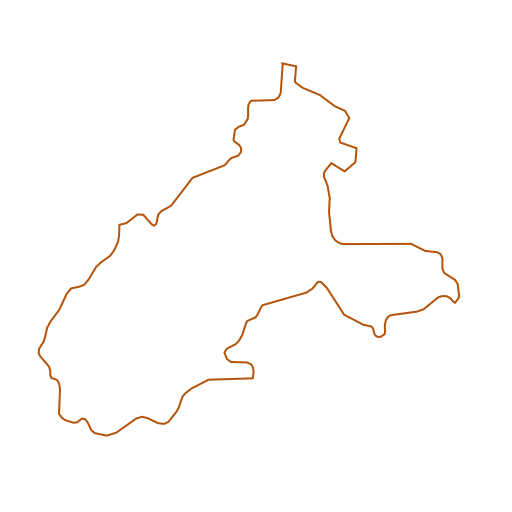 an SVG outline of Nuoro, rotated 186°
{"feature_id": "ITA-5376", "entity_name": "Nuoro", "entity_type": "Province", "adm_level": 1, "iso_a3": "ITA", "parent_name": "Italy", "parent_adm1": "", "projection": "albers", "projection_center": [9.253, 40.262], "detail": "fine", "context": "isolated", "style": "outline", "palette": "amber", "viewbox_px": 512, "rotation_deg": 186, "n_neighbors": 0, "source": "natural_earth", "source_scale": "10m", "svg_char_len": 2239}
<svg xmlns="http://www.w3.org/2000/svg" viewBox="0 0 512 512"><g transform="rotate(186 256 256)"><path d="M435.4,78.5L437.0,103.0L438.2,107.5L439.9,111.0L442.1,112.3L446.8,113.3L448.1,116.0L448.5,119.9L450.3,124.4L460.0,133.6L462.0,136.5L462.1,141.0L458.3,148.6L457.3,153.2L456.2,162.8L453.4,169.6L445.9,182.2L440.4,198.5L436.3,204.5L428.8,206.9L423.8,209.4L419.9,215.4L413.9,228.3L409.6,233.4L401.2,240.8L397.6,246.9L394.7,255.6L394.3,262.4L395.1,272.7L388.3,275.2L378.2,284.9L372.4,285.2L363.1,276.6L360.7,275.5L358.7,277.3L358.1,280.5L358.0,284.2L357.3,287.3L355.1,290.5L345.7,297.1L327.3,327.1L296.8,342.9L295.0,345.0L293.3,348.1L290.5,351.0L284.1,354.0L282.0,357.5L281.8,359.7L282.2,361.7L283.1,363.3L284.4,364.7L289.6,367.7L290.5,369.2L290.1,379.3L286.4,382.9L281.7,385.2L278.5,391.7L278.6,396.3L279.3,401.2L279.3,405.9L277.3,409.8L254.1,413.0L250.5,415.7L249.2,418.2L248.5,421.1L249.5,449.2L249.9,450.3L235.9,448.8L235.6,433.9L235.2,433.1L234.6,432.4L227.1,428.1L209.2,422.7L193.3,413.2L182.6,409.6L177.6,403.0L185.5,381.4L184.2,377.7L167.3,373.7L166.9,359.8L176.7,349.4L190.8,356.2L196.2,347.9L197.1,344.9L196.6,341.8L192.1,333.2L188.7,321.1L188.0,307.6L184.0,288.5L182.2,283.9L179.4,280.4L176.3,278.4L173.2,277.3L170.0,277.0L103.0,284.3L88.3,278.7L76.2,278.7L72.5,277.0L70.3,273.2L69.4,263.1L67.1,258.8L55.5,253.0L52.5,249.2L49.9,238.0L50.1,235.3L53.2,230.3L54.7,231.0L58.5,234.4L62.0,235.9L66.2,235.7L70.2,234.2L83.8,220.5L90.2,217.5L116.2,211.1L118.4,209.2L120.2,205.5L120.7,200.2L119.8,195.7L119.8,191.9L123.3,188.8L125.2,188.3L127.0,188.4L128.6,189.2L130.1,190.9L131.9,195.7L132.6,197.0L134.2,198.0L142.0,198.8L162.2,206.8L182.2,231.7L188.6,236.9L191.5,236.9L196.6,229.3L202.2,224.8L244.3,207.8L245.6,205.5L248.3,197.9L250.2,194.8L257.7,190.6L258.9,188.1L261.4,176.1L263.8,170.5L266.9,166.3L275.4,160.7L277.3,156.7L274.2,150.6L269.8,148.0L254.0,149.2L249.8,147.9L247.2,144.6L246.2,139.8L246.5,134.0L290.3,128.0L306.5,117.3L312.5,111.4L314.6,107.9L317.1,96.7L318.8,92.9L325.7,81.9L329.9,79.4L335.9,79.5L347.1,83.5L352.6,84.2L358.2,81.8L376.5,65.7L385.8,61.7L397.9,63.0L401.6,65.6L406.3,73.3L409.3,76.0L412.1,76.0L416.8,71.7L420.1,71.1L428.5,72.8L432.1,74.7L435.4,78.5Z" fill="none" stroke="#b45309" stroke-width="2"/></g></svg>